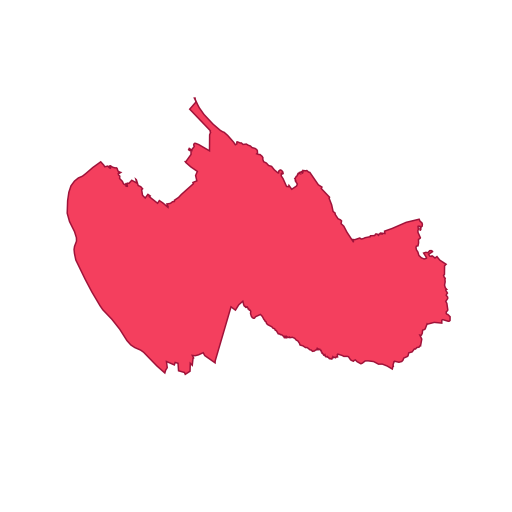 Krāslavas pag., Kraslavas, Latvia (Robinson projection), rotated 59°
{"feature_id": "27541924B24537729982131", "entity_name": "Krāslavas pag.", "entity_type": "district", "adm_level": 2, "iso_a3": "LVA", "parent_name": "Latvia", "parent_adm1": "Kraslavas", "projection": "robinson", "projection_center": [27.246, 55.909], "detail": "fine", "context": "isolated", "style": "filled", "palette": "rose", "viewbox_px": 512, "rotation_deg": 59, "n_neighbors": 0, "source": "geoboundaries", "source_scale": "gbopen_adm2", "svg_char_len": 6124}
<svg xmlns="http://www.w3.org/2000/svg" viewBox="0 0 512 512"><g transform="rotate(59 256 256)"><path d="M396.3,224.3L398.6,223.8L402.4,221.6L402.6,220.0L402.2,216.4L403.6,213.9L407.1,209.5L411.8,206.7L413.7,203.4L417.9,200.2L423.1,197.4L421.2,195.5L421.3,195.1L419.9,194.6L417.7,192.2L417.9,192.0L417.6,191.4L420.7,188.2L421.5,185.4L420.9,183.5L419.6,182.0L420.1,177.7L419.5,176.7L417.7,175.0L418.6,171.6L417.2,168.1L417.9,167.2L417.3,165.3L418.1,163.2L417.2,161.1L417.5,161.0L412.6,156.7L408.2,156.3L409.0,155.4L409.0,154.9L407.8,153.2L405.4,151.4L405.8,149.2L405.6,148.5L402.3,144.3L402.7,144.2L404.7,137.4L409.2,131.3L407.0,130.0L406.6,129.2L406.8,128.6L411.0,124.8L411.4,124.0L411.2,122.9L408.0,120.9L404.9,121.7L403.9,122.5L403.1,122.5L401.8,121.6L401.7,120.7L401.1,119.4L394.9,116.8L392.6,116.7L391.2,113.6L390.0,112.9L387.7,113.2L386.9,112.4L386.4,111.0L383.1,111.0L382.3,110.3L382.6,109.8L380.7,110.1L378.1,109.4L375.6,107.2L373.4,106.1L372.6,105.3L371.0,105.6L369.2,105.2L368.8,103.9L361.5,99.4L361.0,97.3L354.2,100.6L349.7,101.2L349.9,103.6L346.8,104.8L346.5,105.1L346.8,105.6L345.7,107.1L343.5,107.2L343.2,102.4L342.8,102.3L341.6,103.0L340.9,104.4L341.7,106.9L340.3,108.6L339.8,110.8L345.0,110.7L345.7,111.0L345.2,113.3L344.7,113.7L342.7,115.2L339.4,116.1L336.0,115.2L333.3,115.3L331.1,114.5L330.2,113.5L330.7,111.9L328.5,109.9L325.5,108.2L325.3,106.1L325.0,105.7L319.2,105.0L317.7,104.2L316.8,103.1L314.3,102.0L314.0,101.7L314.2,101.2L315.2,100.0L316.1,100.2L316.8,101.3L318.3,102.0L318.5,101.8L318.2,101.1L316.4,100.0L316.0,98.2L314.4,97.0L312.9,96.7L310.6,97.5L308.5,97.2L304.5,109.9L302.5,125.2L300.9,133.0L303.1,133.9L300.8,137.0L301.9,136.9L300.5,138.9L301.4,140.3L299.4,141.0L298.8,142.1L299.6,143.8L297.6,147.5L298.3,148.1L296.5,153.1L296.4,154.6L296.0,156.1L295.7,157.0L294.0,157.8L292.9,163.0L291.8,164.4L294.5,165.3L282.3,165.8L275.7,165.4L272.1,166.4L270.0,164.6L268.5,165.0L266.3,166.5L261.3,166.7L259.8,166.1L257.6,167.0L251.1,164.8L244.2,163.6L243.5,162.7L231.8,165.3L230.9,164.0L227.1,165.9L212.0,166.8L211.2,167.7L208.9,168.4L208.6,169.5L206.8,171.8L208.3,172.6L208.9,173.4L208.8,173.8L207.1,173.6L207.1,174.8L206.7,175.8L206.9,176.2L207.7,176.1L207.1,176.6L206.9,177.5L207.5,177.7L207.6,178.5L208.4,179.2L208.5,180.6L209.6,182.2L209.5,182.8L211.8,183.1L212.2,183.3L212.1,183.6L215.6,183.5L216.9,185.2L217.2,191.0L212.5,191.4L213.4,192.3L212.1,194.0L203.7,193.0L200.3,193.1L198.2,191.7L198.4,191.1L199.4,190.8L199.2,190.2L197.5,189.7L196.0,190.0L195.0,190.5L194.7,191.1L194.9,192.7L196.4,193.9L196.0,194.4L191.7,195.9L187.2,196.5L184.9,198.6L181.7,199.2L179.1,200.9L176.3,200.3L175.5,199.5L173.8,199.4L171.1,200.3L170.2,201.6L168.8,202.7L168.6,201.7L166.4,200.6L165.1,200.6L163.3,201.4L161.0,203.6L158.9,204.1L156.9,205.7L155.1,206.6L153.7,209.7L151.6,210.3L150.9,211.4L149.0,212.8L148.4,213.4L148.5,213.8L150.0,214.6L150.0,216.4L146.8,216.6L138.0,218.2L133.6,219.6L132.2,220.7L129.7,222.0L120.9,224.9L107.9,227.7L99.8,228.3L96.2,228.1L90.8,227.5L89.2,226.9L88.9,227.5L92.3,227.8L93.2,228.5L96.0,237.2L125.2,230.6L125.9,231.3L126.7,231.3L128.2,233.3L141.9,241.7L131.0,247.7L128.4,249.7L127.8,250.7L128.0,251.4L128.7,252.2L130.3,252.5L131.8,256.3L132.2,256.5L129.4,257.8L130.2,259.0L131.1,258.7L130.9,258.3L132.5,257.6L135.5,259.4L138.6,266.6L139.0,267.7L138.8,268.0L139.7,268.0L146.0,266.0L153.3,262.7L155.9,266.3L161.1,268.0L160.5,272.2L161.8,272.4L164.8,288.3L165.9,292.1L166.2,297.2L166.9,297.5L167.2,298.1L166.5,299.5L166.8,302.3L165.5,305.6L168.4,305.9L169.0,306.4L162.8,308.4L158.7,310.3L160.1,313.2L150.2,316.9L150.0,315.8L147.5,316.9L149.2,321.1L145.5,322.0L140.3,319.9L140.0,318.6L137.2,319.1L134.9,320.7L129.0,319.3L128.4,319.5L132.2,320.5L127.1,323.5L128.3,327.5L127.4,328.6L127.4,329.1L130.0,330.4L129.3,331.4L127.1,330.6L127.3,331.6L126.0,332.4L123.2,332.1L119.3,333.0L117.4,331.6L115.8,332.1L114.3,331.6L114.0,331.1L114.8,330.3L114.7,328.9L113.8,329.7L111.8,330.6L109.8,330.0L108.7,330.1L107.8,331.5L106.0,333.2L103.7,334.3L103.4,335.2L103.9,335.6L105.5,335.2L105.8,335.6L105.1,336.2L102.6,336.8L101.6,339.7L99.7,339.7L95.3,340.6L96.1,350.3L97.7,359.5L98.2,363.7L97.6,368.1L98.3,373.0L100.6,378.5L105.0,383.6L111.6,389.0L122.1,395.8L130.4,398.1L141.6,399.0L147.8,400.5L150.8,402.2L154.3,406.6L156.7,408.6L160.3,410.3L166.6,412.5L188.0,414.4L202.3,415.2L218.3,415.3L223.2,415.0L236.1,412.1L248.7,410.5L262.0,410.2L267.8,409.1L272.0,407.1L277.2,403.4L280.6,401.9L299.1,397.6L309.3,394.4L307.3,392.2L306.0,389.6L300.3,387.1L307.3,382.1L305.6,380.1L307.8,378.1L314.5,381.5L319.0,377.3L321.0,377.6L320.8,371.9L314.1,367.6L316.8,366.9L311.3,362.7L311.3,362.0L308.4,361.8L310.1,359.6L311.1,356.2L311.7,351.1L315.0,351.2L326.5,346.1L324.8,344.9L286.7,303.6L291.8,301.5L288.9,295.8L288.0,290.6L291.6,291.7L293.0,291.8L294.1,290.9L294.4,291.3L294.8,291.2L295.3,289.7L295.9,290.0L297.0,289.6L297.5,289.9L297.7,289.5L299.0,289.6L299.5,288.9L300.7,289.0L302.5,290.3L305.1,291.0L306.9,290.9L308.0,290.3L308.5,289.3L307.8,287.7L308.4,282.3L311.1,281.7L314.7,281.9L315.1,281.6L316.6,281.8L317.4,281.3L319.4,281.7L320.9,281.3L324.8,278.9L326.7,278.6L327.9,277.5L329.7,277.7L330.3,277.0L334.2,277.0L335.0,275.9L336.0,275.6L336.1,275.1L336.9,274.5L339.2,273.7L340.6,273.8L341.1,273.1L340.1,272.5L341.6,271.9L340.6,271.3L342.3,270.5L342.5,269.7L342.9,269.6L342.7,269.1L343.6,268.7L344.4,266.7L346.5,265.2L348.9,264.8L350.2,263.9L353.1,263.7L355.0,264.1L357.1,262.1L360.0,260.7L360.8,259.3L364.3,258.0L365.1,257.1L366.8,256.7L367.5,254.9L367.3,253.4L367.6,252.5L367.3,252.2L367.8,251.6L367.1,251.7L366.9,251.2L368.0,251.3L368.0,250.8L367.3,250.7L368.5,249.9L368.8,249.3L370.1,249.4L370.5,248.8L371.8,249.4L372.7,249.0L373.3,249.5L374.3,249.0L375.9,249.0L376.0,248.5L376.8,248.3L376.5,247.9L378.0,248.2L378.6,247.8L378.8,246.7L379.7,246.7L380.4,246.0L381.5,246.1L382.3,245.5L382.3,245.1L383.4,244.1L382.4,242.8L382.8,242.5L382.2,242.0L382.8,241.9L382.8,241.3L384.2,240.3L384.1,239.6L383.6,239.1L384.5,238.1L382.3,237.0L382.2,236.4L385.6,233.4L387.3,232.4L389.0,229.5L389.9,228.6L393.8,228.4L395.5,227.4L396.4,226.6L396.0,225.7L396.3,224.3Z" fill="#f43f5e" stroke="#9f1239" stroke-width="1.5"/></g></svg>